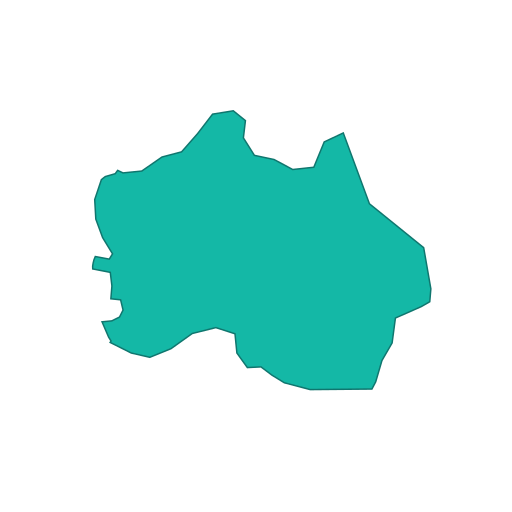 Edineţ, Equal Earth projection, rotated 32°
{"feature_id": "MDA-1615", "entity_name": "Edineţ", "entity_type": "District", "adm_level": 1, "iso_a3": "MDA", "parent_name": "Moldova", "parent_adm1": "", "projection": "equal_earth", "projection_center": [27.238, 48.122], "detail": "fine", "context": "isolated", "style": "filled", "palette": "teal", "viewbox_px": 512, "rotation_deg": 32, "n_neighbors": 0, "source": "natural_earth", "source_scale": "10m", "svg_char_len": 932}
<svg xmlns="http://www.w3.org/2000/svg" viewBox="0 0 512 512"><g transform="rotate(32 256 256)"><path d="M124.4,353.5L122.8,351.1L121.6,348.2L120.6,345.1L120.0,341.6L133.2,336.4L133.2,330.2L116.2,321.7L100.6,309.6L89.3,293.6L84.4,273.1L86.1,268.5L93.0,260.8L93.3,256.7L99.2,256.0L114.1,244.5L123.8,221.9L137.7,207.1L141.6,183.3L144.0,158.7L159.8,144.9L175.3,146.8L182.7,162.5L201.3,171.5L220.2,164.6L241.3,163.2L258.0,150.1L253.4,123.1L264.8,105.4L324.5,151.6L393.8,160.1L421.7,191.2L427.6,202.7L423.0,211.3L407.1,234.7L417.5,257.6L418.2,277.9L424.2,299.3L424.8,307.4L372.7,340.6L347.2,348.5L332.7,348.6L319.0,347.4L307.8,355.2L291.2,348.4L279.4,333.1L259.9,338.0L243.0,355.5L233.0,379.7L219.6,398.2L201.6,404.4L183.2,406.1L178.1,406.6L178.1,404.9L174.0,402.9L160.3,393.4L168.1,387.4L172.6,380.1L171.9,372.3L164.4,364.9L155.6,369.2L149.7,357.8L141.1,347.1L124.4,353.5Z" fill="#14b8a6" stroke="#0f766e" stroke-width="1.5"/></g></svg>